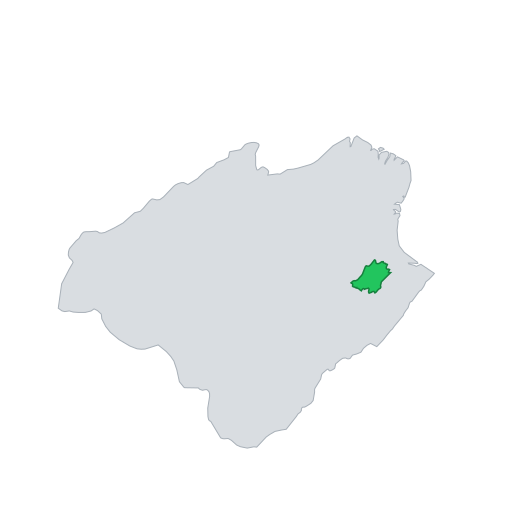 Osun on a map of Nigeria (Equal Earth projection), rotated 217°
{"feature_id": "NGA-2855", "entity_name": "Osun", "entity_type": "State", "adm_level": 1, "iso_a3": "NGA", "parent_name": "Nigeria", "parent_adm1": "", "projection": "equal_earth", "projection_center": [4.53, 7.53], "detail": "fine", "context": "in_parent", "style": "filled", "palette": "green", "viewbox_px": 512, "rotation_deg": 217, "n_neighbors": 0, "source": "natural_earth", "source_scale": "10m", "svg_char_len": 5017}
<svg xmlns="http://www.w3.org/2000/svg" viewBox="0 0 512 512"><g transform="rotate(217 256 256)"><path d="M382.5,95.3L394.5,116.9L397.2,132.9L398.2,140.8L400.2,141.8L403.9,142.2L406.5,143.8L408.2,146.4L409.2,148.9L409.4,150.3L408.8,160.0L407.9,163.5L408.5,168.2L408.3,170.3L407.9,171.6L406.3,173.2L404.1,174.8L398.9,179.4L397.3,180.1L395.1,180.2L393.2,181.3L390.9,183.8L386.1,193.1L382.0,202.4L379.0,217.4L375.3,222.1L374.7,226.2L374.2,235.6L373.6,238.5L373.0,239.3L369.0,241.1L366.7,243.2L365.4,247.5L363.7,262.0L363.1,264.3L361.8,266.9L359.8,269.6L358.0,271.1L353.4,272.1L349.1,283.0L349.0,284.9L347.2,294.8L343.8,302.2L343.6,307.0L339.4,313.6L337.3,318.1L339.6,322.8L339.7,323.5L332.5,331.4L332.1,332.6L331.8,338.1L331.2,339.6L329.9,341.6L328.0,343.8L326.0,345.5L323.7,346.7L321.5,347.1L320.3,346.5L319.6,344.8L318.4,338.1L317.8,336.7L316.3,335.4L310.7,328.0L307.3,325.4L306.6,325.6L306.0,326.3L305.1,330.0L304.1,331.4L302.3,331.8L299.2,331.9L297.0,331.3L296.4,330.6L295.3,327.7L288.4,334.4L286.0,335.9L282.9,343.9L278.5,347.8L275.5,351.3L267.4,362.1L265.8,365.3L264.2,370.0L260.8,390.4L255.3,403.1L254.5,405.8L254.2,405.7L253.4,406.9L251.3,406.1L250.3,403.8L249.0,403.4L246.6,399.9L246.1,400.5L248.6,409.3L247.7,412.7L240.9,412.8L235.0,413.9L230.9,413.8L228.9,412.6L228.0,409.3L227.6,409.6L227.4,411.4L226.1,412.8L221.6,413.1L219.6,410.8L217.9,408.3L216.2,407.2L216.5,408.2L218.5,410.7L218.2,414.2L214.6,418.3L212.2,418.5L210.8,416.8L210.0,413.9L209.7,409.6L208.7,406.9L208.2,406.9L208.8,411.5L208.9,415.8L210.6,419.1L207.9,420.2L204.7,420.3L204.3,419.1L203.9,416.3L203.3,415.6L202.7,420.3L196.1,421.6L195.1,421.4L194.9,420.5L195.4,419.2L195.3,417.1L193.9,418.7L193.6,422.0L192.8,422.5L190.3,422.0L187.6,420.4L183.1,416.3L177.6,409.6L176.7,406.6L175.2,402.9L172.3,392.8L172.8,392.3L174.1,392.9L174.7,391.9L172.4,391.2L172.0,390.5L171.8,388.2L171.9,385.5L175.4,384.1L176.2,382.4L176.6,380.7L172.4,383.3L168.4,380.4L167.5,378.7L168.0,377.3L172.6,377.2L174.2,375.9L173.2,375.5L171.5,375.5L170.8,374.7L170.9,372.6L170.3,373.1L169.5,374.9L166.9,376.3L165.3,374.9L165.1,371.9L164.8,370.5L163.5,369.5L158.8,361.5L152.9,354.8L147.7,350.3L139.8,348.1L123.2,348.2L122.3,347.5L123.3,346.5L124.8,345.8L130.1,342.1L129.2,341.6L123.7,343.9L121.8,344.1L119.3,348.6L103.1,349.5L103.1,347.5L103.8,341.6L104.8,337.6L103.7,332.7L103.5,328.3L104.2,326.9L104.4,325.2L104.2,313.8L105.1,312.1L105.1,311.0L103.4,306.1L103.5,302.4L103.2,298.8L102.6,297.2L103.3,283.3L103.1,279.8L103.6,277.4L103.9,271.4L103.9,265.6L105.0,256.3L111.9,255.1L113.6,251.5L114.6,246.9L114.3,242.3L116.6,238.4L119.3,234.9L119.2,231.0L119.9,229.8L121.2,228.9L123.1,228.5L125.2,226.5L126.3,223.2L127.5,217.8L125.7,214.0L125.7,213.2L126.4,211.2L127.5,209.1L128.4,208.5L130.4,209.0L131.0,208.2L132.3,202.3L132.2,200.7L130.3,196.7L129.3,185.9L128.8,184.5L127.3,182.6L123.4,175.0L123.5,171.4L125.2,166.8L126.2,164.6L127.7,163.4L128.0,162.3L127.6,161.0L126.8,160.0L126.6,158.0L127.4,155.1L127.2,152.0L127.6,135.8L130.7,132.6L135.3,127.3L137.6,121.8L138.9,117.7L140.4,103.8L142.9,102.3L147.4,97.3L153.7,94.3L157.7,93.4L164.8,94.0L168.4,93.5L171.5,90.8L172.9,90.0L174.8,89.5L192.6,96.7L194.2,96.4L195.5,96.9L197.7,98.8L203.0,105.5L208.5,115.9L210.2,118.1L211.9,119.3L213.7,119.7L215.0,119.6L216.2,118.6L217.9,116.6L220.5,115.7L222.7,115.9L233.7,107.9L234.7,107.8L241.5,109.5L250.8,117.5L258.4,122.7L263.7,124.5L270.0,125.7L280.6,126.1L288.6,114.9L291.5,112.5L295.1,110.3L302.5,108.2L314.9,106.8L326.5,107.4L333.7,109.3L341.3,113.0L344.6,116.5L349.8,117.0L353.5,116.3L354.6,112.9L358.3,108.3L363.8,104.1L368.3,101.2L372.0,99.8L375.3,96.5L377.9,95.4L382.5,95.3ZM222.0,417.6L219.5,418.6L217.9,418.4L220.1,413.8L221.2,414.8L222.7,415.2L222.0,417.6Z" fill="#d9dde1" stroke="#a8b0b8" stroke-width="1"/><path d="M141.1,325.5L140.9,323.9L140.3,322.5L138.5,323.7L140.3,311.1L140.1,310.1L139.6,309.3L139.2,308.2L138.7,307.2L137.9,306.6L137.4,305.8L137.4,304.8L137.9,303.9L138.1,302.9L138.3,301.9L138.3,299.7L138.8,298.1L140.5,298.7L141.8,297.4L141.8,296.6L142.0,296.3L142.3,296.1L142.8,295.1L143.3,294.4L144.2,294.8L144.9,295.6L145.8,297.7L146.9,298.0L147.4,297.2L148.1,296.5L148.3,296.3L148.5,296.0L148.7,295.7L148.7,295.9L149.2,295.4L149.6,295.0L150.1,294.7L150.7,294.6L150.8,294.4L151.0,294.0L151.1,292.8L150.9,291.6L152.6,291.5L154.2,291.7L155.7,291.3L156.4,290.9L157.1,290.7L157.1,290.9L157.3,290.7L158.7,290.5L159.8,289.9L160.8,290.0L161.4,291.2L162.2,291.9L163.6,291.6L164.0,291.7L163.4,294.5L162.6,295.5L161.6,296.1L160.5,298.2L160.2,302.4L160.0,303.9L160.1,305.7L162.2,313.1L162.1,314.5L160.9,315.0L159.7,315.8L159.3,317.4L159.1,319.1L159.1,321.7L159.0,322.6L159.1,323.4L159.0,324.2L158.7,324.4L158.0,324.3L157.7,324.2L156.4,323.0L155.5,322.5L154.4,322.9L153.3,324.0L152.6,325.6L152.4,326.5L152.0,327.3L151.0,328.0L150.6,327.3L149.6,327.4L149.1,327.6L148.7,327.9L148.1,327.8L147.6,327.6L146.7,328.3L145.9,328.2L145.8,327.7L145.7,327.2L145.5,326.3L145.2,325.4L144.3,324.4L143.1,324.5L142.1,325.4L141.1,325.5Z" fill="#22c55e" stroke="#15803d" stroke-width="1.5"/></g></svg>